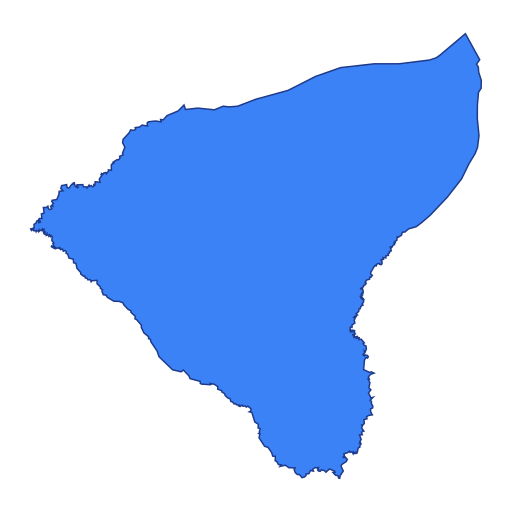 Mercedes, Corrientes, Argentina
{"feature_id": "61730980B22210913388495", "entity_name": "Mercedes", "entity_type": "district", "adm_level": 2, "iso_a3": "ARG", "parent_name": "Argentina", "parent_adm1": "Corrientes", "projection": "albers", "projection_center": [-57.865, -29.122], "detail": "fine", "context": "isolated", "style": "filled", "palette": "blue", "viewbox_px": 512, "rotation_deg": 0, "n_neighbors": 0, "source": "geoboundaries", "source_scale": "gbopen_adm2", "svg_char_len": 5991}
<svg xmlns="http://www.w3.org/2000/svg" viewBox="0 0 512 512"><path d="M338.6,478.0L339.7,478.3L340.2,475.6L343.3,471.0L341.1,466.4L341.6,464.6L346.3,461.5L347.3,459.4L344.7,456.4L344.3,457.5L343.2,457.4L344.3,455.3L343.9,453.7L347.2,452.9L349.5,451.2L350.0,452.4L352.0,451.8L353.2,453.9L353.9,452.1L354.6,453.5L356.7,453.3L356.3,452.1L357.3,452.1L358.2,448.0L359.9,447.1L359.7,445.8L361.0,444.0L359.5,443.2L360.5,442.4L359.8,441.6L361.2,439.5L359.5,434.9L362.3,434.7L361.5,433.0L362.6,431.2L363.8,431.1L361.6,427.8L362.3,426.2L361.7,425.0L363.3,424.8L364.3,423.3L364.0,419.6L367.0,418.8L366.6,416.7L368.9,415.3L372.3,414.9L370.7,411.8L370.5,408.9L372.6,408.0L372.9,406.4L371.3,403.2L371.5,401.4L370.1,400.3L373.0,397.3L370.9,397.9L368.5,392.9L370.9,389.8L368.9,388.0L369.9,382.7L368.1,379.1L369.3,379.2L368.4,376.9L370.5,374.4L374.0,373.1L371.4,371.9L369.3,372.3L363.6,369.6L364.5,359.9L366.0,357.5L367.5,358.1L368.3,356.8L367.5,355.5L365.0,354.9L364.3,355.8L362.9,354.7L364.7,352.9L364.3,351.0L365.2,351.9L366.4,349.0L366.0,346.0L363.8,345.0L363.1,343.4L364.3,342.9L361.2,339.2L358.9,339.6L359.2,337.8L356.9,338.1L357.8,337.3L357.3,336.4L354.6,337.2L354.3,334.9L353.8,336.7L352.8,334.7L355.3,333.9L354.5,332.8L354.6,330.6L352.5,330.2L351.9,331.0L352.5,331.7L350.6,331.9L349.9,330.4L350.9,329.9L349.9,328.0L350.8,326.9L352.0,327.3L352.1,324.9L354.9,323.0L354.2,320.3L355.2,318.0L353.7,317.3L355.0,316.1L354.4,317.0L356.3,316.6L356.1,315.4L357.4,315.0L356.1,313.6L358.7,311.5L359.0,308.8L360.1,308.8L361.0,306.1L363.0,305.1L362.0,304.0L363.4,302.4L363.8,300.0L362.7,299.4L363.6,299.2L362.6,298.0L361.3,298.5L360.4,296.6L361.8,296.7L361.3,295.8L362.5,295.0L361.2,294.3L362.0,293.1L362.9,293.3L363.3,291.9L362.4,288.2L361.1,289.1L360.7,288.5L363.5,286.7L363.6,285.3L365.4,284.7L366.2,283.2L365.1,282.5L366.6,280.0L369.6,279.2L369.7,277.3L371.1,277.1L372.3,275.4L370.8,274.0L370.7,272.4L374.6,265.8L376.9,265.9L375.7,265.3L377.5,263.7L379.5,263.4L379.6,264.3L381.1,264.7L382.0,263.8L382.0,261.3L381.0,259.9L383.5,259.3L383.0,257.6L385.9,257.9L385.8,256.0L388.4,255.3L388.0,253.9L389.5,252.8L389.2,251.9L391.3,250.8L390.3,247.4L391.1,247.7L391.1,246.8L392.0,247.1L393.2,245.0L394.5,244.6L394.1,242.7L395.3,242.7L394.9,241.3L396.8,240.4L397.2,236.9L398.1,237.3L401.5,235.2L402.3,232.2L405.0,232.0L408.5,228.9L416.2,226.7L421.9,222.4L430.4,215.0L447.2,197.3L461.5,179.0L469.1,163.5L475.2,153.4L477.5,147.5L479.0,135.7L477.3,118.7L477.4,104.8L478.5,92.3L481.1,88.3L481.3,80.4L478.7,72.2L478.3,67.0L476.5,64.1L479.7,59.7L465.4,33.7L440.0,55.1L436.2,57.8L429.6,60.0L399.0,63.8L374.3,63.8L340.6,67.6L315.6,76.4L288.0,90.4L255.6,99.3L237.7,106.2L229.0,106.9L223.2,106.2L214.4,109.8L197.7,108.1L185.5,109.5L184.0,105.0L178.2,110.9L167.0,115.6L163.3,119.8L160.6,119.5L161.2,121.8L155.3,121.0L148.3,121.8L147.1,123.1L147.5,126.0L142.1,125.1L139.4,127.1L135.2,127.6L135.7,129.1L134.1,130.4L130.6,129.9L129.1,132.9L123.1,139.3L122.6,142.7L124.9,147.2L122.5,153.1L123.2,154.9L119.6,156.3L120.1,157.7L118.8,159.7L117.0,159.7L113.0,162.2L113.9,163.0L111.5,164.4L111.3,165.7L111.4,170.3L108.4,169.9L108.7,170.8L106.4,173.7L105.9,172.5L103.9,172.9L103.2,174.1L101.6,173.5L101.7,174.5L100.6,174.2L101.8,175.3L99.3,179.2L100.0,182.3L95.2,181.7L94.8,185.1L93.8,184.6L93.5,186.4L92.3,186.7L91.0,185.5L89.5,186.4L89.0,185.2L87.1,188.0L86.7,187.0L83.4,186.7L82.8,184.6L77.0,184.8L76.7,185.8L78.3,187.2L77.5,187.8L75.2,186.2L74.2,182.7L73.1,183.2L73.8,184.1L71.8,184.3L68.9,188.1L67.1,187.7L66.6,184.6L61.6,185.6L60.8,188.6L63.0,190.8L59.2,191.3L58.8,194.7L56.8,199.5L52.1,200.3L51.8,201.5L53.4,203.4L52.2,204.7L52.9,206.2L51.4,205.7L50.6,206.4L51.8,208.8L49.6,209.6L48.3,208.5L47.9,206.2L46.3,207.5L43.4,207.5L44.1,213.0L41.4,213.9L41.9,218.5L39.5,218.4L38.7,219.3L40.4,221.6L40.1,222.4L38.7,222.6L38.6,220.2L36.8,221.0L36.0,223.0L34.0,224.4L34.1,228.0L30.7,228.9L31.4,230.5L33.7,229.1L33.7,230.7L35.8,230.8L36.1,231.6L36.5,230.6L38.0,231.1L38.8,230.0L38.9,231.6L40.1,230.4L41.8,230.6L41.4,230.0L42.5,228.9L42.8,230.0L44.0,229.5L43.6,230.4L44.7,231.4L43.9,231.8L44.8,232.5L43.6,232.6L44.0,233.8L45.8,234.7L46.8,233.8L46.4,235.4L49.4,234.6L49.0,236.2L49.9,235.7L50.4,236.6L51.1,235.6L52.2,236.5L51.8,240.4L53.8,243.0L52.9,243.6L54.2,247.1L51.8,245.9L51.4,246.7L54.9,248.7L55.0,247.1L56.4,248.4L57.9,247.8L59.1,248.5L59.8,247.6L60.6,249.6L62.5,249.0L63.3,251.2L65.2,250.5L66.1,251.5L66.1,253.4L67.6,253.9L69.0,258.1L73.3,259.2L73.6,262.8L75.9,263.4L77.0,268.4L80.6,272.4L80.8,274.1L83.6,276.2L84.7,276.0L85.2,277.9L87.1,278.4L87.8,279.8L90.3,279.7L91.1,281.7L91.7,280.8L97.0,280.3L97.1,283.8L100.4,286.9L100.4,288.4L102.6,289.8L101.9,291.2L103.3,294.8L106.2,295.2L107.3,297.3L113.8,301.2L119.1,301.4L123.0,302.8L123.7,304.7L128.0,309.3L130.9,310.8L131.0,312.4L135.2,316.2L135.0,318.9L136.6,319.6L141.4,325.2L141.3,327.4L144.0,333.0L148.5,336.6L148.6,338.7L150.4,339.2L150.9,341.8L157.1,351.0L159.0,356.7L172.6,369.8L181.1,371.8L183.4,370.0L188.9,375.8L190.0,378.6L200.2,381.4L200.3,383.4L201.5,384.1L210.2,384.7L211.1,384.3L210.5,383.5L214.4,384.3L217.8,386.6L217.7,389.2L221.8,390.7L221.8,391.9L224.6,393.6L225.2,395.6L228.1,398.2L230.1,398.7L230.8,401.4L232.7,402.0L234.0,403.9L235.7,403.6L236.3,404.7L239.3,405.1L238.7,405.9L240.1,406.5L242.1,405.1L243.0,406.3L244.9,405.9L246.4,407.1L247.8,406.1L251.0,408.8L250.8,411.0L249.3,411.8L251.9,412.5L254.8,422.0L258.3,424.2L258.1,428.0L260.2,428.8L259.3,431.8L259.8,433.1L258.7,433.5L259.9,434.4L259.0,437.7L264.6,446.3L268.0,447.4L271.5,452.3L272.8,456.2L275.3,456.3L275.2,460.8L276.5,461.2L278.4,464.5L281.2,464.8L280.0,466.4L285.4,465.2L288.9,467.7L295.1,467.9L294.1,469.4L295.2,472.5L297.3,474.5L299.5,474.6L302.0,477.7L304.5,477.0L306.0,475.6L306.1,473.9L308.9,473.7L310.4,470.5L313.4,471.1L312.6,469.5L314.7,467.7L318.4,467.6L317.5,468.9L318.5,469.5L317.9,470.5L318.5,471.0L320.2,471.3L321.4,469.8L324.5,470.6L325.9,472.2L329.4,469.0L334.6,471.1L335.0,472.3L333.0,472.5L335.5,475.2L338.0,475.7L338.6,478.0Z" fill="#3b82f6" stroke="#1e3a8a" stroke-width="1.5"/></svg>